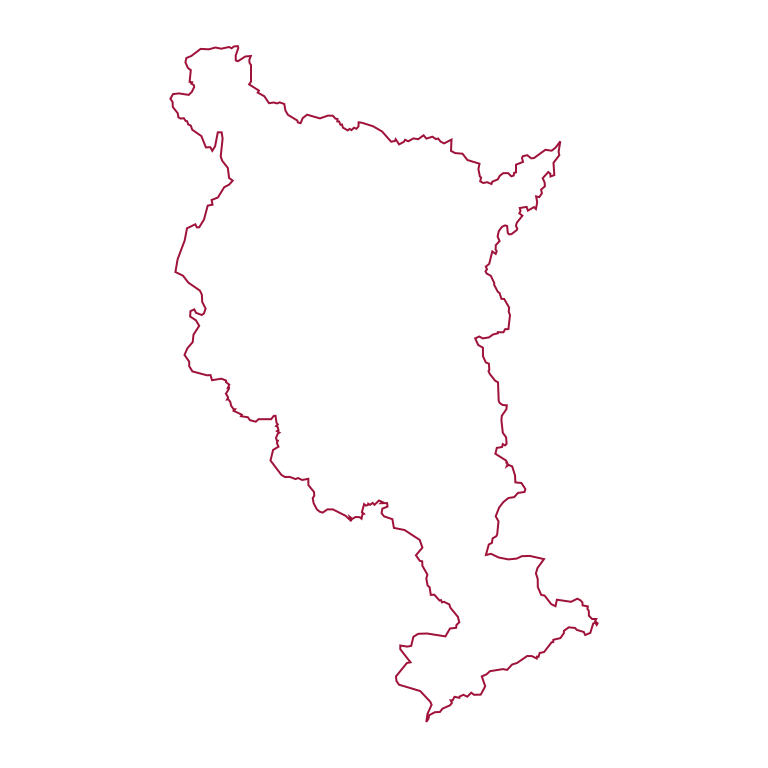 the district of San Martín de Bolaños, Jalisco, Mexico
{"feature_id": "50627088B70833625521917", "entity_name": "San Martín de Bolaños", "entity_type": "district", "adm_level": 2, "iso_a3": "MEX", "parent_name": "Mexico", "parent_adm1": "Jalisco", "projection": "natural_earth1", "projection_center": [-103.757, 21.572], "detail": "fine", "context": "isolated", "style": "outline", "palette": "rose", "viewbox_px": 768, "rotation_deg": 0, "n_neighbors": 0, "source": "geoboundaries", "source_scale": "gbopen_adm2", "svg_char_len": 6089}
<svg xmlns="http://www.w3.org/2000/svg" viewBox="0 0 768 768"><path d="M185.4,62.3L187.9,67.9L190.8,70.1L189.6,81.9L192.1,82.3L191.3,83.6L193.8,85.1L194.2,87.0L191.8,91.9L188.7,94.9L179.2,93.4L173.0,94.1L170.4,98.8L172.6,102.0L172.8,107.0L177.7,113.2L178.4,117.3L180.6,118.6L183.8,118.2L185.6,120.9L187.1,121.2L188.2,124.4L190.8,125.6L192.2,129.7L201.4,136.1L205.9,147.4L210.3,147.2L212.3,150.8L215.1,146.3L217.8,132.3L221.6,132.3L222.6,138.6L220.7,156.5L222.3,160.9L227.8,167.9L229.1,178.0L232.7,180.6L229.2,184.6L224.2,187.2L217.9,197.5L211.6,200.0L212.5,204.7L207.7,205.6L204.0,219.5L199.2,227.3L196.9,227.4L195.3,224.3L187.0,228.3L184.7,240.4L177.6,259.3L175.4,272.0L183.0,275.7L188.3,282.6L199.9,290.6L201.9,294.8L202.2,301.9L205.6,308.6L203.9,313.5L201.8,315.0L196.0,312.8L194.3,309.4L190.5,311.1L190.1,316.5L195.9,320.3L199.2,325.8L193.5,334.7L192.7,342.1L187.4,348.3L184.5,354.9L189.2,361.7L189.2,366.2L192.4,371.4L206.9,375.3L210.5,375.1L212.0,380.2L221.5,378.7L226.1,380.6L225.9,382.0L229.3,384.7L227.8,388.0L229.0,387.9L228.8,389.1L225.9,393.7L228.1,397.4L227.1,399.5L228.3,399.3L230.3,401.9L231.1,405.7L233.6,409.2L235.0,409.3L233.6,410.8L241.8,414.7L241.0,416.2L247.8,417.2L250.0,420.2L255.8,421.7L258.5,419.2L271.2,419.2L273.7,415.9L275.5,415.8L276.5,422.7L277.8,424.5L276.1,426.1L277.6,426.9L278.5,430.1L277.0,431.1L279.4,432.6L277.8,433.6L276.0,437.9L276.9,440.8L277.8,440.8L276.9,443.1L278.5,446.7L273.1,449.9L270.5,460.5L281.3,474.8L284.9,477.0L289.8,476.9L295.6,479.1L298.0,478.0L302.2,480.0L308.3,478.8L308.4,485.1L314.0,492.0L314.3,495.7L312.7,498.2L313.7,503.4L316.9,509.4L319.7,511.7L322.7,512.6L327.4,509.4L332.9,509.4L345.6,515.8L351.4,521.2L349.8,516.9L352.3,518.9L355.5,517.0L359.7,517.2L361.5,518.7L362.5,514.2L363.9,513.8L361.9,512.2L364.1,504.1L365.7,505.6L367.9,505.0L368.2,503.7L370.1,504.8L372.6,502.9L374.5,504.8L379.0,500.5L382.5,502.1L381.1,503.2L387.1,503.1L387.5,506.6L382.3,508.7L381.6,513.3L384.1,516.4L392.4,519.2L393.9,527.9L404.5,530.0L419.7,539.9L422.4,547.6L415.9,555.3L419.8,560.8L422.2,561.3L422.4,565.8L427.4,574.6L426.3,578.6L427.6,585.5L429.6,587.2L430.8,594.9L434.3,594.7L439.5,600.5L441.0,600.1L442.0,602.4L444.0,601.8L449.3,604.4L450.3,607.6L457.9,616.9L459.3,622.3L456.5,624.9L456.1,627.8L450.0,628.5L445.4,636.4L427.1,633.5L418.2,633.8L413.4,636.8L411.2,645.9L407.2,646.6L400.3,645.5L400.3,649.3L410.5,662.3L406.9,663.0L396.0,676.4L396.4,680.8L399.0,684.7L420.3,691.1L430.3,701.8L431.6,704.8L427.5,713.8L426.3,721.9L428.4,718.9L429.2,715.2L434.9,712.2L439.9,712.0L442.4,708.7L450.2,705.2L451.9,702.9L450.7,700.3L452.6,700.4L454.5,696.8L459.4,697.8L459.7,696.5L463.4,694.8L467.3,696.7L471.2,692.7L474.1,694.8L480.8,694.6L485.2,686.3L481.8,676.4L486.6,674.3L489.9,671.2L502.9,669.1L507.1,669.9L512.1,664.5L517.0,663.0L527.2,656.0L531.9,656.1L536.7,658.5L537.0,656.6L538.5,656.8L539.7,653.0L544.1,652.0L551.6,642.3L553.2,642.1L553.3,639.8L560.4,638.1L563.8,633.2L564.0,630.8L568.8,627.3L575.1,628.0L576.8,629.9L583.8,632.0L585.2,635.0L590.3,632.9L593.2,623.5L595.4,622.7L596.7,624.9L597.6,623.3L595.1,621.2L596.2,619.0L592.1,619.0L588.9,615.7L588.8,610.9L587.4,608.8L587.8,606.4L582.6,605.4L582.4,602.4L580.6,600.4L577.4,598.7L571.0,601.8L556.9,599.7L555.5,606.2L551.2,604.1L544.6,595.6L541.2,594.9L537.8,587.0L537.7,578.9L535.9,573.4L537.5,568.0L544.0,559.1L529.7,555.9L521.8,556.2L516.6,558.6L508.4,559.4L498.7,557.5L491.0,553.8L485.9,555.0L488.8,544.5L491.9,542.9L492.6,538.4L496.3,536.2L497.2,534.3L498.5,521.3L495.7,516.3L499.1,507.6L503.4,502.0L508.4,498.0L514.2,497.1L518.0,492.9L524.5,492.0L525.4,489.1L521.4,483.0L515.4,482.4L515.0,475.3L512.2,466.4L508.6,464.9L506.8,466.2L507.6,464.1L507.2,462.6L505.5,462.9L507.0,462.4L506.0,460.5L495.4,453.8L496.8,447.9L502.1,447.0L502.8,444.1L505.0,445.4L506.6,443.8L506.1,437.3L502.8,432.8L501.4,420.2L501.8,415.8L506.4,409.2L506.8,405.3L502.7,405.0L499.7,403.0L498.7,400.9L498.0,382.3L495.1,380.7L489.7,373.8L488.5,371.1L489.3,369.8L488.9,363.7L485.8,362.4L483.0,356.3L482.9,347.7L478.2,345.0L475.2,338.4L479.3,336.5L482.7,338.4L488.9,337.4L493.0,334.5L497.8,333.3L497.8,332.2L503.4,332.3L505.2,329.1L508.4,329.1L510.0,315.1L508.7,311.7L509.2,307.7L504.2,299.0L501.4,298.8L499.6,293.1L497.8,291.8L494.1,284.7L494.3,283.1L490.8,275.8L486.6,273.5L485.5,271.3L487.0,269.3L485.8,266.6L489.2,263.9L492.3,251.4L495.7,253.9L496.7,251.2L495.6,249.5L495.8,245.1L499.6,241.1L497.6,236.6L498.8,231.1L502.0,226.8L505.2,225.4L507.1,226.0L507.8,233.0L509.2,234.4L511.5,234.1L516.7,230.1L517.3,228.5L515.9,225.9L516.9,222.6L522.4,215.7L519.3,213.3L520.5,211.0L519.8,208.0L526.6,206.9L527.9,210.6L534.0,207.1L535.9,209.0L537.2,202.2L536.1,196.4L539.3,197.1L541.9,193.3L541.1,189.6L544.9,186.3L544.6,182.4L542.7,178.2L548.3,172.0L550.3,173.7L550.5,176.5L554.3,175.1L553.5,162.8L559.3,155.2L558.6,151.8L560.3,141.3L555.7,147.5L551.7,150.7L545.4,149.8L533.9,158.1L531.2,158.3L527.2,155.2L522.8,156.2L522.0,158.0L523.0,161.9L516.0,164.7L516.0,172.4L514.1,172.9L513.7,175.5L511.3,176.3L508.1,173.1L503.1,173.2L499.7,175.9L497.9,179.3L492.3,181.7L491.5,184.0L487.1,182.2L483.2,183.0L480.2,181.3L481.1,177.5L479.9,176.6L478.4,169.1L479.5,163.7L467.4,160.0L462.5,153.7L455.2,153.1L451.0,150.9L451.5,139.6L444.1,143.4L440.6,141.6L438.1,138.5L435.9,139.1L432.4,136.7L426.4,138.6L423.6,135.3L418.2,139.2L413.5,138.4L408.2,141.3L405.1,139.8L403.9,141.8L399.1,144.4L395.7,139.2L394.9,141.0L391.1,141.7L382.1,131.5L373.1,126.3L362.2,122.8L358.6,122.3L358.5,126.4L356.4,128.8L354.0,127.7L351.5,130.1L349.6,128.9L347.7,130.4L342.9,127.6L342.0,124.5L340.5,124.8L339.1,121.5L337.3,121.4L337.5,119.0L335.4,118.6L332.8,115.7L328.0,115.6L319.9,118.4L307.1,114.7L302.7,118.1L300.6,123.2L297.8,122.4L297.3,120.5L287.9,114.8L285.4,110.5L284.3,104.0L279.6,102.4L277.0,103.4L273.7,102.5L269.0,103.2L264.3,96.2L257.7,92.6L258.9,90.6L249.1,84.4L251.0,81.6L251.0,65.0L249.5,62.8L249.3,59.9L250.8,56.0L245.3,56.5L238.0,61.2L235.8,60.5L235.7,55.6L238.3,48.0L237.8,46.1L233.8,46.5L231.6,48.3L229.1,47.0L221.2,48.7L215.5,47.5L208.8,49.3L200.6,48.9L191.3,56.0L186.4,58.0L185.4,62.3Z" fill="none" stroke="#9f1239" stroke-width="2"/></svg>